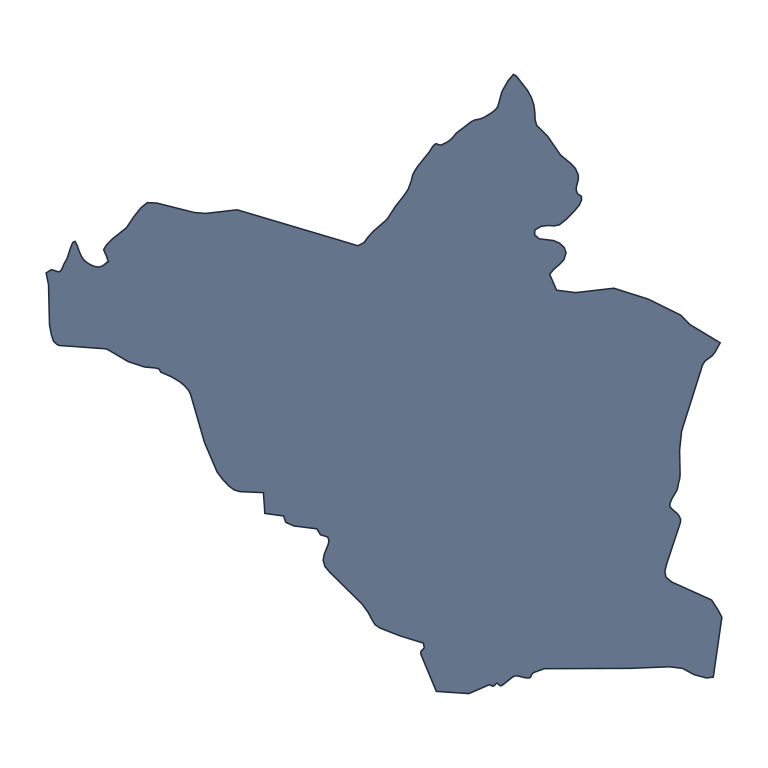 outline of Wasit
{"feature_id": "IRQ-3227", "entity_name": "Wasit", "entity_type": "Province", "adm_level": 1, "iso_a3": "IRQ", "parent_name": "Iraq", "parent_adm1": "", "projection": "natural_earth1", "projection_center": [45.642, 32.719], "detail": "fine", "context": "isolated", "style": "filled", "palette": "slate", "viewbox_px": 768, "rotation_deg": 0, "n_neighbors": 0, "source": "natural_earth", "source_scale": "10m", "svg_char_len": 2855}
<svg xmlns="http://www.w3.org/2000/svg" viewBox="0 0 768 768"><path d="M513.4,74.4L514.7,75.1L515.7,75.7L516.7,76.5L527.6,90.5L531.3,97.4L533.9,104.9L534.9,113.0L535.1,119.6L536.7,125.4L547.6,136.2L560.5,155.0L570.9,163.6L575.4,168.4L578.3,175.1L578.4,179.2L576.4,186.8L576.2,190.1L577.6,193.8L581.4,196.2L581.6,199.9L579.3,205.0L574.8,210.6L566.1,219.5L559.3,224.9L554.0,225.9L548.6,225.5L541.5,226.2L534.9,229.9L534.6,234.8L539.2,238.8L553.4,240.5L559.5,243.1L564.2,247.5L566.1,252.9L563.9,259.7L559.1,264.8L553.7,269.4L549.7,274.2L549.7,274.3L556.6,290.2L575.6,292.6L613.9,288.2L648.4,299.2L680.8,315.2L689.9,324.6L720.2,342.8L715.2,351.9L712.2,355.8L705.0,361.1L702.6,364.9L681.6,431.2L679.6,450.3L680.1,474.5L679.7,478.8L678.6,482.9L677.5,488.6L676.5,491.1L672.1,498.4L670.1,503.0L669.7,506.5L672.6,509.6L677.9,514.1L679.4,516.5L680.7,519.7L680.2,523.2L666.7,563.9L664.9,571.1L665.9,577.1L671.9,582.1L711.6,600.0L718.0,609.9L721.9,617.3L713.3,677.1L706.5,678.0L694.2,674.7L682.5,668.4L669.5,666.8L628.9,668.4L544.3,668.7L533.5,672.6L531.8,674.2L530.6,677.2L529.1,678.0L526.8,678.0L521.7,677.0L518.7,676.1L515.8,675.8L513.1,676.7L501.9,685.5L500.3,685.8L498.7,684.6L497.8,683.6L497.0,683.2L496.1,683.6L494.7,685.3L493.4,686.1L492.1,686.2L490.6,684.9L488.9,684.9L468.9,693.6L436.3,691.4L420.9,654.4L420.7,651.9L422.0,650.1L424.3,647.9L423.3,643.1L400.9,636.2L380.4,628.3L375.2,624.8L372.1,619.9L368.1,612.4L362.1,604.1L329.8,572.3L324.9,566.4L323.2,560.4L324.0,554.8L328.3,544.1L328.9,540.3L327.7,537.0L320.5,534.8L316.8,528.8L293.9,526.0L285.7,522.3L283.6,516.0L264.8,513.4L264.3,505.1L263.4,492.6L259.2,492.5L239.8,491.6L234.3,490.0L229.1,486.2L222.9,479.7L217.2,472.2L204.5,442.6L190.7,394.8L188.7,390.5L184.3,385.5L179.7,381.7L171.4,376.8L160.8,372.2L159.1,369.1L156.3,368.1L144.5,367.0L128.1,361.6L107.5,349.4L105.3,348.8L59.3,345.5L57.3,344.7L55.8,343.4L53.5,341.2L51.4,334.9L49.5,325.1L48.5,284.7L46.1,272.9L51.5,269.6L58.7,271.9L59.6,271.5L61.0,270.4L62.3,268.0L63.9,264.1L67.1,258.5L70.4,248.2L72.7,242.5L75.0,241.3L77.0,245.0L79.8,252.8L81.5,256.5L83.5,259.4L86.0,261.8L89.0,263.9L92.4,265.6L96.0,266.8L99.7,267.0L103.1,265.6L106.8,262.4L108.3,261.8L106.4,255.8L105.4,253.9L103.6,249.6L106.6,244.8L112.4,238.9L126.5,227.7L133.7,216.9L140.9,207.8L147.3,202.6L157.0,203.1L194.3,212.5L205.7,213.4L237.2,209.8L338.8,240.0L357.7,245.7L360.3,244.6L364.0,242.5L368.1,237.0L373.3,231.3L385.8,220.4L388.0,217.9L395.4,206.4L403.9,195.7L408.2,189.1L411.3,180.7L412.6,175.2L414.7,170.9L417.8,166.2L429.1,152.2L432.7,146.5L434.6,144.5L436.0,143.7L437.4,144.1L438.7,144.7L440.0,145.0L441.4,144.9L446.3,142.6L450.1,140.1L452.8,137.4L456.3,133.1L471.4,121.6L474.0,120.4L475.9,119.6L477.7,119.5L480.5,118.8L484.4,117.2L492.0,112.5L495.5,109.6L497.8,106.6L501.7,92.3L502.9,89.8L508.0,80.8L513.4,74.4Z" fill="#64748b" stroke="#1e293b" stroke-width="1.5"/></svg>